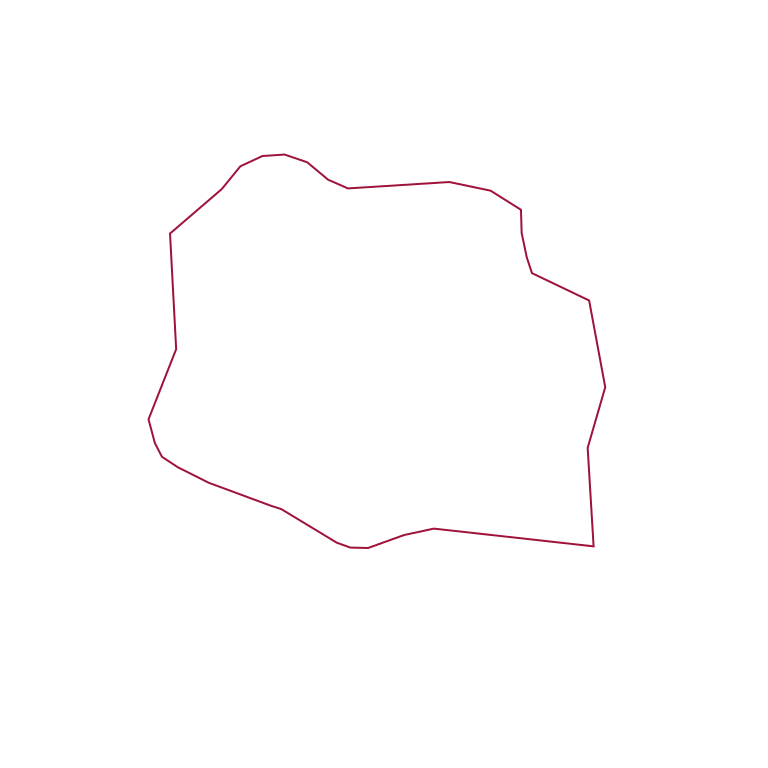 SVG path tracing the border of Duplek, rotated 320°
{"feature_id": "SVN-948", "entity_name": "Duplek", "entity_type": "Municipality", "adm_level": 1, "iso_a3": "SVN", "parent_name": "Slovenia", "parent_adm1": "", "projection": "orthographic", "projection_center": [15.768, 46.508], "detail": "fine", "context": "isolated", "style": "outline", "palette": "rose", "viewbox_px": 768, "rotation_deg": 320, "n_neighbors": 0, "source": "natural_earth", "source_scale": "10m", "svg_char_len": 550}
<svg xmlns="http://www.w3.org/2000/svg" viewBox="0 0 768 768"><g transform="rotate(320 384 384)"><path d="M218.7,403.9L186.3,347.1L172.6,315.4L167.1,297.1L170.5,282.0L180.9,259.7L247.2,223.7L316.8,131.2L385.0,130.4L413.9,124.9L437.4,131.2L455.3,144.3L467.7,164.8L472.5,191.6L482.1,211.0L563.7,271.1L589.9,304.4L600.9,338.6L586.5,356.8L574.8,378.7L568.6,394.2L594.8,451.9L551.4,528.7L499.0,563.8L440.2,643.1L329.2,526.8L302.3,512.6L266.4,499.4L253.1,487.7L245.8,475.2L224.9,413.8L218.7,403.9Z" fill="none" stroke="#9f1239" stroke-width="2"/></g></svg>